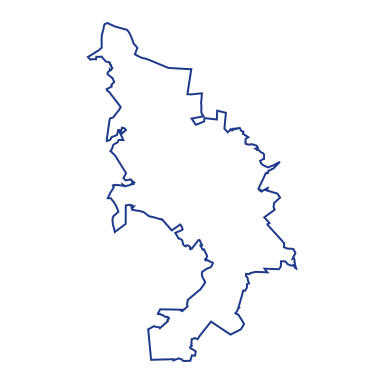 outline of Comitán de Domínguez, Chiapas, Mexico
{"feature_id": "50627088B76182298000457", "entity_name": "Comitán de Domínguez", "entity_type": "district", "adm_level": 2, "iso_a3": "MEX", "parent_name": "Mexico", "parent_adm1": "Chiapas", "projection": "mercator", "projection_center": [-92.173, 16.291], "detail": "fine", "context": "isolated", "style": "outline", "palette": "blue", "viewbox_px": 384, "rotation_deg": 0, "n_neighbors": 0, "source": "geoboundaries", "source_scale": "gbopen_adm2", "svg_char_len": 5986}
<svg xmlns="http://www.w3.org/2000/svg" viewBox="0 0 384 384"><path d="M296.1,268.4L295.0,264.6L294.8,262.7L294.4,262.3L294.6,260.0L293.9,258.3L293.5,258.4L292.6,258.8L293.2,257.3L293.4,257.1L293.5,256.6L294.9,254.3L295.4,252.9L293.5,249.2L291.1,248.7L287.9,248.7L283.9,247.2L284.3,243.5L281.2,239.8L267.7,225.0L267.4,224.3L269.4,223.0L264.3,217.3L274.6,209.8L274.6,209.4L273.8,207.8L273.6,206.9L274.0,203.1L280.1,197.6L277.4,193.6L265.9,190.2L267.8,188.4L267.8,188.0L262.2,191.0L261.1,191.1L261.1,191.4L260.5,191.1L260.5,189.8L259.2,189.9L258.4,188.9L263.9,177.3L266.0,172.6L265.8,172.2L266.5,173.2L267.0,172.9L267.8,173.1L267.9,172.5L268.4,171.8L268.3,171.0L272.7,168.7L273.3,168.6L279.9,161.9L272.8,165.6L267.8,167.4L263.5,165.3L262.4,164.6L261.1,163.4L260.1,160.9L260.7,160.7L262.9,159.1L264.0,158.9L264.1,155.8L264.0,154.5L263.7,153.9L262.6,153.0L261.9,152.8L260.8,152.1L259.1,150.3L258.4,150.0L257.2,150.1L256.8,149.3L255.6,148.7L257.7,148.1L257.6,147.7L257.8,147.5L257.0,146.8L256.9,146.0L256.6,145.6L255.8,145.5L253.8,144.6L252.6,144.5L251.5,144.1L249.9,144.7L248.9,144.5L248.2,144.5L247.5,144.3L246.5,144.2L245.8,143.9L245.5,143.4L245.8,142.9L245.6,142.5L245.4,140.7L245.6,139.3L246.3,138.4L248.3,137.2L243.0,133.8L243.4,131.6L242.1,131.3L241.2,130.7L240.5,129.7L240.1,128.3L239.8,128.1L239.2,127.9L238.6,128.3L237.8,128.4L236.9,128.3L236.8,129.0L236.7,128.7L236.1,128.7L236.2,129.1L235.9,129.2L235.7,129.1L233.5,128.8L233.5,129.0L233.2,129.3L233.2,129.9L233.1,130.0L232.9,129.9L232.4,130.2L232.3,129.6L231.9,129.6L232.2,129.1L231.5,129.3L231.4,128.8L231.5,129.5L231.0,129.7L230.9,130.0L230.6,130.0L230.3,129.5L229.4,130.9L227.7,132.3L224.4,128.6L225.9,112.8L217.2,110.7L216.8,119.5L204.5,118.1L204.1,121.5L195.9,124.8L191.6,118.6L203.5,116.3L203.0,115.3L201.9,114.2L201.3,112.2L201.4,105.7L201.0,102.6L201.4,100.7L201.9,93.3L191.2,94.4L187.4,94.2L191.3,69.1L189.8,69.2L168.4,67.9L147.8,59.4L144.9,58.5L142.2,58.0L136.7,55.4L135.8,54.7L134.9,54.4L136.3,50.5L137.4,48.0L135.5,45.5L134.5,44.6L133.7,43.6L131.7,38.1L129.9,34.0L129.3,32.9L127.2,29.9L115.0,26.5L107.4,23.0L104.5,24.3L103.8,26.6L103.5,28.9L101.9,34.9L101.6,38.1L101.7,47.8L101.1,48.1L99.5,49.7L97.3,51.3L96.1,51.8L94.2,53.2L87.9,57.0L90.3,59.7L91.2,59.4L93.2,59.1L96.0,59.3L96.3,56.8L99.5,56.9L101.5,56.6L105.8,61.5L109.1,62.3L109.4,62.6L109.7,62.5L110.0,63.0L109.7,63.7L109.9,64.1L111.1,65.1L110.9,65.7L111.1,66.3L111.5,67.0L112.3,67.8L112.2,68.6L111.0,69.5L110.9,70.2L110.7,70.3L109.9,69.6L110.0,70.4L107.8,72.3L107.4,74.0L108.7,75.2L112.6,78.3L114.2,81.9L111.4,84.9L111.7,86.6L106.7,89.1L106.9,90.3L109.2,92.0L120.7,107.0L119.3,109.6L113.0,117.6L110.1,118.3L109.5,120.2L106.7,139.8L107.0,141.0L109.2,140.2L110.2,139.7L111.5,137.2L116.9,135.1L118.3,129.9L121.3,130.6L122.0,127.7L124.2,128.2L124.6,128.4L126.0,130.0L122.2,133.3L120.8,131.7L120.4,131.4L119.8,131.5L119.7,131.8L119.7,132.1L123.3,140.1L119.5,139.9L118.6,140.0L117.7,142.1L116.6,143.0L115.9,143.2L114.3,144.1L113.4,144.9L113.0,145.5L112.7,146.4L112.4,148.1L112.0,148.4L111.4,149.8L111.4,150.1L110.5,150.9L110.4,151.2L111.4,151.8L111.6,152.1L115.1,155.5L126.1,173.2L123.4,178.2L125.8,180.4L130.8,179.4L131.6,180.4L133.5,182.1L132.2,182.1L132.2,182.5L132.8,183.0L133.8,182.7L133.7,183.9L132.2,184.3L130.6,184.4L129.4,185.3L127.7,185.5L125.1,186.3L124.8,186.3L124.8,186.0L122.8,184.6L122.9,184.9L122.7,185.3L122.8,185.7L122.3,185.8L122.0,185.5L117.2,185.0L115.2,185.1L115.1,184.9L114.7,185.1L113.6,185.1L112.9,185.4L112.8,185.5L113.8,187.1L112.4,189.7L110.4,192.6L107.8,198.2L110.7,198.2L113.0,201.1L114.4,203.0L116.0,205.7L117.3,208.6L118.4,211.7L113.5,216.1L112.7,218.0L112.5,219.8L112.9,224.5L114.0,228.2L114.8,232.0L125.7,223.9L125.7,216.8L125.8,205.4L130.0,204.8L130.9,205.0L130.8,205.4L131.2,205.9L132.0,205.7L132.3,206.1L132.6,206.0L132.5,206.6L132.6,207.1L132.8,207.2L133.4,207.0L132.9,207.6L131.6,207.6L132.0,209.7L138.0,210.8L139.5,210.9L142.5,211.8L143.5,212.0L149.0,216.2L153.9,217.3L161.8,219.7L161.4,219.1L161.8,219.1L171.8,230.4L180.2,224.5L181.4,226.0L182.2,227.8L182.6,229.5L181.4,230.3L179.8,231.1L178.7,231.5L178.2,231.6L175.3,232.9L178.6,238.5L179.6,238.5L181.8,240.0L182.2,240.4L182.6,241.7L182.9,243.5L183.7,245.2L185.5,246.4L185.9,246.4L186.0,246.0L186.7,245.4L187.5,245.3L188.3,245.7L190.1,246.9L190.2,247.5L190.1,248.9L190.2,249.2L190.6,249.2L190.9,248.5L191.1,248.4L191.8,248.7L198.4,240.1L199.6,240.1L202.0,245.2L200.4,245.5L202.6,249.4L203.0,249.8L204.0,249.4L207.2,256.1L206.2,258.3L205.6,259.2L205.2,259.2L205.0,259.6L206.1,260.6L206.3,260.6L206.9,259.9L213.0,263.0L212.1,265.0L210.7,267.3L207.0,268.6L202.2,271.8L201.8,274.5L202.5,277.2L205.2,282.1L203.3,285.4L200.2,289.6L198.3,291.0L195.9,293.1L187.6,300.0L187.6,302.2L187.3,302.4L187.0,304.6L187.6,306.4L182.2,311.2L181.1,310.6L181.5,310.2L181.0,310.0L181.3,309.7L160.2,309.3L157.8,313.9L158.2,314.2L160.5,314.1L161.6,315.0L163.1,315.2L165.3,316.9L166.3,317.0L167.6,316.9L167.9,317.0L169.0,318.5L167.3,320.0L167.9,321.1L159.9,328.2L159.5,327.4L157.5,327.2L153.8,326.2L148.2,329.4L151.1,359.8L173.4,359.2L173.2,360.0L173.3,360.5L178.6,358.4L181.6,359.3L182.9,360.7L184.0,361.0L190.3,360.8L191.9,355.3L195.0,355.7L195.8,351.4L192.0,349.0L190.4,348.3L190.1,347.3L191.8,345.8L191.2,345.3L191.6,343.4L191.4,341.9L191.7,339.2L192.6,339.2L194.0,338.3L194.8,338.2L195.7,338.3L197.5,339.2L199.3,336.6L199.4,336.2L211.0,321.6L230.5,334.6L240.9,329.3L244.0,324.1L242.5,321.2L238.3,314.6L237.0,314.2L235.4,313.3L236.5,312.1L238.3,308.4L239.1,307.7L238.5,307.4L241.8,296.0L243.2,290.5L244.9,290.8L245.9,289.5L246.8,287.7L247.0,286.2L246.9,284.2L249.1,283.3L247.9,280.4L247.7,278.7L247.5,277.8L246.8,276.8L246.0,276.0L245.8,275.6L246.2,274.3L246.2,273.8L248.8,274.2L250.0,273.8L250.4,273.4L250.4,273.1L255.5,271.9L267.3,272.3L266.6,271.6L264.6,268.7L279.0,269.2L280.8,266.5L281.0,261.3L285.2,261.4L285.7,261.8L286.4,262.7L286.9,263.2L287.0,263.5L287.4,264.0L291.2,265.7L292.5,265.3L293.5,265.1L294.4,266.9L295.3,267.9L296.1,268.4Z" fill="none" stroke="#1e3a8a" stroke-width="2"/></svg>